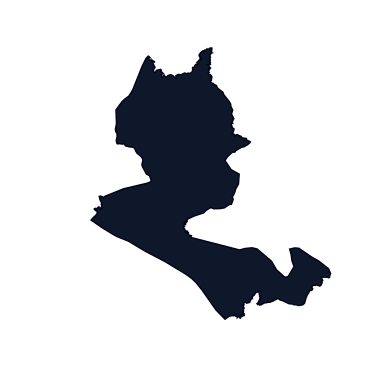 Bueng Khong Long, Bueng Kan, Thailand (Albers equal-area conic projection), rotated 161°
{"feature_id": "78962969B81717267751176", "entity_name": "Bueng Khong Long", "entity_type": "district", "adm_level": 2, "iso_a3": "THA", "parent_name": "Thailand", "parent_adm1": "Bueng Kan", "projection": "albers", "projection_center": [104.048, 18.031], "detail": "fine", "context": "isolated", "style": "filled", "palette": "ink", "viewbox_px": 384, "rotation_deg": 161, "n_neighbors": 0, "source": "geoboundaries", "source_scale": "gbopen_adm2", "svg_char_len": 6023}
<svg xmlns="http://www.w3.org/2000/svg" viewBox="0 0 384 384"><g transform="rotate(161 192 192)"><path d="M296.5,198.3L288.4,187.3L279.9,177.0L277.5,174.4L268.2,166.3L254.9,150.6L240.5,135.4L224.8,116.6L220.2,110.1L217.7,105.1L214.6,96.6L207.7,72.7L202.2,61.0L196.7,62.6L195.3,62.1L194.5,62.4L193.3,61.5L191.4,62.0L191.5,60.8L189.9,59.5L190.1,58.7L189.0,59.5L187.4,57.0L186.8,57.4L186.9,58.1L186.3,58.1L185.0,59.7L184.5,58.1L183.7,58.6L182.9,58.2L182.5,58.6L182.4,59.6L183.1,59.6L183.5,60.3L182.6,60.5L182.9,61.7L182.4,62.0L182.8,62.5L182.3,62.6L181.4,64.6L180.5,65.3L180.9,66.7L180.5,67.5L181.1,68.1L180.2,68.2L180.7,69.0L179.5,68.9L179.6,70.2L179.1,70.0L178.6,70.5L177.2,70.7L176.8,69.3L175.3,68.9L174.6,69.3L173.6,68.8L173.0,69.2L173.0,70.1L172.1,70.2L171.6,71.1L170.5,71.7L169.6,71.5L169.5,72.5L168.6,73.6L166.9,74.2L164.5,76.1L161.8,76.0L161.4,75.8L161.3,74.3L161.8,72.9L161.7,71.7L162.2,71.1L161.7,70.1L162.1,69.6L161.7,69.7L161.8,69.0L163.1,68.1L163.5,67.3L164.2,67.3L164.6,66.8L164.5,66.2L165.2,66.1L165.3,65.6L166.8,65.4L166.6,64.3L165.5,64.3L165.0,63.1L162.9,62.8L161.9,63.4L160.5,63.2L159.9,63.7L158.6,63.3L157.8,63.5L157.5,63.0L155.7,63.2L155.6,62.8L153.7,62.4L152.5,62.8L152.2,62.4L145.2,63.4L143.9,61.3L142.1,60.1L136.5,54.7L133.4,53.4L132.5,52.3L130.2,51.5L128.3,50.0L124.1,49.3L122.0,50.1L118.4,55.1L116.3,57.4L114.4,58.7L113.4,60.1L112.4,60.4L110.8,60.0L109.6,61.0L109.3,61.5L110.0,63.1L109.8,63.5L107.2,64.3L105.6,63.5L104.7,63.7L101.8,61.5L100.5,61.8L98.7,63.6L98.3,65.1L97.3,65.6L97.2,66.6L97.7,68.9L96.3,69.0L91.7,67.4L90.9,66.5L89.9,66.4L88.3,69.1L87.5,69.7L87.9,75.0L94.7,85.5L99.9,91.3L109.3,104.0L113.2,105.7L118.2,106.2L118.6,100.4L119.8,94.8L119.8,88.2L128.2,81.1L129.3,80.7L131.7,81.1L132.5,82.0L137.4,90.8L139.4,100.7L149.0,116.9L153.4,119.7L160.3,121.3L165.9,121.7L207.4,149.1L207.4,150.9L207.0,151.0L207.4,151.4L208.1,151.4L208.3,150.9L208.9,151.3L208.4,151.8L209.2,152.9L208.7,154.5L209.7,154.5L209.6,155.0L210.1,155.2L209.3,155.5L209.1,156.3L210.1,156.2L210.4,155.6L210.4,156.1L211.0,156.0L210.8,156.6L210.3,156.7L210.4,157.4L211.1,157.6L210.8,157.8L211.1,158.2L211.1,159.7L211.9,160.3L211.2,161.5L211.4,161.8L211.0,162.3L210.5,162.1L210.7,162.7L210.0,164.0L208.8,163.3L208.3,164.3L209.0,164.8L208.0,165.0L208.4,165.6L207.6,165.5L207.8,165.9L206.7,165.6L206.1,165.9L206.2,166.8L205.1,167.4L205.0,168.4L203.4,168.0L198.2,168.6L187.7,168.5L184.5,170.1L179.3,171.2L176.9,169.1L170.6,167.1L166.4,166.5L160.7,168.1L158.7,167.6L155.6,171.4L155.4,174.5L153.5,175.8L151.3,178.3L150.0,180.4L145.5,184.4L141.6,193.5L147.8,200.4L150.5,210.7L150.3,211.3L147.3,213.6L141.7,216.2L140.5,216.4L138.5,215.8L136.9,216.9L133.8,217.6L131.0,218.1L127.8,217.9L124.2,218.6L121.7,219.6L121.8,220.2L121.1,219.9L120.6,220.4L120.9,221.2L122.1,221.1L122.2,222.2L122.7,222.2L123.2,223.2L123.3,225.0L125.0,225.8L125.4,225.5L125.8,226.3L126.9,226.6L127.5,228.7L129.6,230.3L130.2,231.4L131.4,231.6L132.1,231.0L132.8,231.0L132.8,231.4L133.1,231.3L133.7,232.0L133.4,232.7L133.8,233.3L134.5,233.2L135.1,233.8L134.9,234.4L134.2,234.3L134.2,235.0L133.2,235.7L132.6,237.0L132.2,237.0L131.8,238.2L132.6,238.6L132.5,239.2L133.0,239.9L132.8,241.8L133.2,242.4L132.8,243.3L132.1,244.0L131.2,243.7L131.5,245.3L130.0,246.1L129.8,246.9L128.6,247.6L129.3,252.8L126.9,256.1L127.4,260.3L126.9,262.4L127.2,264.8L130.3,273.7L130.3,276.1L133.8,281.6L134.3,283.6L134.2,284.6L135.7,286.2L136.2,285.7L136.7,286.0L137.0,287.4L136.6,287.7L138.0,288.5L138.5,290.0L137.9,291.1L137.4,291.2L137.6,292.2L136.7,292.5L136.6,293.2L136.1,293.5L136.5,294.3L136.0,294.5L136.4,294.9L136.1,295.4L136.6,295.4L136.1,296.2L136.5,297.1L137.5,297.2L137.8,299.3L137.0,299.4L137.3,300.0L136.6,301.1L136.9,301.7L136.3,301.8L136.3,302.2L135.6,302.2L135.6,302.9L134.1,303.2L134.2,303.8L135.5,304.3L134.9,304.9L134.8,306.1L135.6,307.1L133.2,306.7L133.2,307.6L133.6,307.8L133.3,308.2L132.9,307.9L132.8,309.3L132.4,309.2L132.5,310.0L131.6,311.1L132.1,312.4L131.8,313.1L131.3,313.0L131.3,313.6L130.7,313.6L130.8,315.7L129.9,315.8L129.0,316.9L127.7,317.0L128.2,317.5L127.4,319.2L127.5,319.8L126.6,320.7L126.4,321.7L128.1,322.3L128.9,321.8L130.5,321.8L131.1,321.9L131.2,322.4L133.3,321.6L134.0,322.0L134.4,321.5L135.7,321.8L135.7,321.2L136.6,321.6L138.7,320.8L139.5,319.8L140.1,319.9L140.9,318.6L140.7,317.1L139.9,317.2L139.6,316.6L139.7,316.0L140.0,316.2L140.7,315.5L140.5,315.3L141.4,315.1L140.6,314.3L140.7,313.8L143.3,313.9L143.8,313.2L145.0,313.0L144.2,311.9L144.8,311.7L144.9,310.9L145.3,310.8L145.4,311.5L147.3,311.3L147.6,310.4L148.1,310.5L149.0,309.1L150.1,309.6L151.0,309.4L151.7,306.9L152.5,305.8L154.2,305.0L155.3,304.8L157.2,305.7L158.4,305.5L160.3,306.9L164.2,306.4L166.3,307.4L167.2,307.1L167.2,307.6L169.4,307.1L169.4,305.5L170.0,305.7L170.0,305.1L171.0,305.8L172.1,308.1L174.0,309.9L177.0,309.9L178.6,308.8L180.1,310.3L180.3,311.8L181.9,310.6L182.8,311.1L183.1,312.7L180.7,313.6L182.0,316.1L181.3,317.2L182.0,318.2L186.2,318.5L187.3,317.2L188.0,316.9L188.5,317.2L189.1,318.3L188.8,319.2L189.4,319.9L186.6,321.6L186.4,322.1L186.5,323.2L187.2,323.8L186.8,324.7L187.2,327.0L186.3,327.7L185.2,327.1L185.1,327.4L186.7,329.4L187.4,329.2L187.2,330.0L189.8,330.9L189.8,331.7L189.1,332.3L189.6,333.0L188.9,333.5L188.2,333.0L188.9,334.5L189.2,334.7L192.0,333.2L197.9,327.4L214.4,308.3L217.1,305.9L220.5,303.2L224.9,301.9L228.9,300.1L237.1,294.4L241.2,281.0L243.8,276.7L244.4,274.1L243.9,271.4L244.8,268.6L246.7,265.7L247.2,262.9L246.8,261.8L244.7,261.3L242.1,259.9L240.4,259.7L239.9,257.3L236.7,255.2L232.9,253.4L232.0,251.7L231.9,249.0L231.2,246.3L228.9,242.7L227.9,239.9L228.0,238.0L230.3,234.5L230.6,232.4L229.3,223.9L226.8,221.1L226.8,216.4L227.2,215.6L227.9,215.1L231.6,214.9L255.6,217.3L275.5,216.3L277.1,215.7L279.8,217.9L281.1,218.0L281.5,214.6L281.0,211.0L281.9,209.5L281.7,209.1L282.5,205.7L283.2,206.2L283.5,205.6L284.1,205.8L284.1,207.5L285.3,208.3L288.2,207.0L288.7,208.0L289.8,207.9L290.0,207.5L289.1,205.9L287.8,204.4L288.3,203.7L287.8,203.1L290.2,201.6L290.7,200.9L291.9,200.8L296.5,198.3Z" fill="#0f172a" stroke="#020617" stroke-width="1.5"/></g></svg>